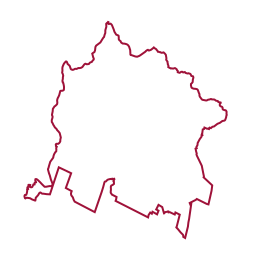 Reforma, Chiapas, Mexico (Equal Earth projection), rotated 5°
{"feature_id": "50627088B2456269013516", "entity_name": "Reforma", "entity_type": "district", "adm_level": 2, "iso_a3": "MEX", "parent_name": "Mexico", "parent_adm1": "Chiapas", "projection": "equal_earth", "projection_center": [-93.258, 17.869], "detail": "fine", "context": "isolated", "style": "outline", "palette": "rose", "viewbox_px": 256, "rotation_deg": 5, "n_neighbors": 0, "source": "geoboundaries", "source_scale": "gbopen_adm2", "svg_char_len": 5709}
<svg xmlns="http://www.w3.org/2000/svg" viewBox="0 0 256 256"><g transform="rotate(5 128 128)"><path d="M139.2,49.7L138.6,50.5L134.6,53.9L133.1,55.1L130.9,56.2L129.0,56.1L124.8,55.0L124.3,55.0L124.0,54.6L123.4,50.2L122.0,46.9L121.3,46.0L120.6,45.3L119.5,44.7L117.5,44.3L115.3,44.3L114.2,43.7L113.7,43.4L113.0,42.1L112.1,41.6L111.2,40.7L111.0,39.9L110.9,38.5L110.6,37.0L110.3,36.7L108.1,36.0L106.1,33.3L105.2,31.1L103.1,27.0L102.6,26.4L101.6,25.6L100.9,25.7L99.9,26.1L99.4,25.9L99.2,25.0L99.3,23.4L98.6,24.6L97.9,25.2L97.2,26.1L97.6,29.1L97.2,31.0L96.9,32.6L97.1,35.4L96.6,37.0L96.2,39.4L95.6,40.1L94.7,41.8L93.0,45.2L89.1,48.7L88.5,50.1L88.4,53.6L87.9,55.3L86.6,56.3L85.9,57.0L87.2,60.7L87.8,61.7L87.9,62.4L87.8,62.9L86.8,64.1L86.2,65.3L84.7,66.0L84.1,66.5L83.7,67.4L82.9,67.8L81.4,68.1L80.2,67.7L79.7,67.8L78.9,68.5L77.2,71.3L75.8,72.2L74.1,72.6L73.3,72.6L71.7,73.6L70.7,73.6L70.0,73.7L69.2,74.3L68.0,74.9L66.7,74.7L66.4,74.6L65.8,74.1L64.6,71.4L64.3,71.0L62.5,69.6L62.3,69.5L61.4,67.6L61.0,67.2L60.7,67.1L60.4,67.1L59.5,68.1L58.6,69.5L58.2,70.5L57.5,72.7L57.4,74.1L57.7,76.8L57.6,78.1L57.6,78.7L58.3,79.8L58.9,81.6L58.7,83.1L58.8,84.6L58.6,86.5L58.8,87.8L59.4,88.2L59.5,89.0L59.8,89.4L59.9,89.7L60.5,91.8L60.7,92.9L60.8,95.5L60.5,95.9L59.7,96.5L57.5,96.9L57.3,97.1L56.6,101.3L56.0,103.0L55.5,104.1L55.1,105.5L55.0,106.8L55.4,108.9L55.3,110.3L54.7,111.2L53.6,112.4L52.9,112.9L51.5,115.5L51.5,118.1L51.1,121.4L51.3,122.1L51.8,122.9L51.9,123.7L51.8,124.7L51.4,126.5L51.4,127.4L51.6,128.7L52.5,129.8L53.3,131.3L54.7,133.1L55.0,133.7L56.8,135.1L57.7,136.4L58.9,137.4L60.4,139.0L61.9,143.3L61.6,145.6L61.7,147.2L61.3,148.2L60.7,149.1L59.9,149.8L58.1,150.0L57.7,150.3L57.5,150.9L57.7,151.4L57.8,152.3L58.7,152.9L58.6,153.2L58.3,153.8L58.2,154.1L58.5,155.7L58.5,157.6L57.7,158.4L56.8,160.3L56.5,161.2L56.2,162.7L56.1,163.9L55.9,164.4L53.5,168.4L52.6,172.7L52.3,174.6L51.9,175.8L51.9,176.3L53.2,179.9L54.3,182.2L55.8,186.4L56.1,186.8L56.3,187.3L57.4,189.5L57.7,190.3L57.7,191.3L57.5,191.8L56.9,192.4L56.0,192.7L54.9,192.7L51.4,193.7L50.0,193.8L47.2,191.5L45.2,189.7L43.0,187.9L41.4,186.9L40.3,187.0L40.2,187.3L40.2,188.3L40.4,188.9L41.0,189.7L41.1,190.1L39.8,190.7L39.7,191.3L39.9,192.0L39.8,192.4L38.7,192.5L37.8,195.0L37.4,195.3L36.8,195.5L35.7,195.4L35.4,195.2L35.3,194.8L35.5,193.3L34.2,193.2L33.8,193.4L33.8,195.2L33.2,195.6L33.0,195.9L33.5,196.5L33.8,197.6L33.6,197.7L33.1,197.4L32.8,197.7L33.1,199.2L32.9,201.6L32.5,203.3L32.1,203.6L31.2,203.7L30.9,204.2L30.8,204.8L30.9,205.5L31.5,206.9L31.9,207.1L33.1,206.3L33.5,206.3L36.6,206.5L38.6,207.5L41.8,208.4L42.0,208.3L42.1,207.6L42.2,205.5L44.1,203.0L44.8,201.8L45.0,201.0L45.8,200.1L46.3,199.9L46.7,200.0L47.7,200.7L48.5,200.9L49.0,200.8L52.9,201.0L56.0,200.9L62.5,173.2L75.3,178.0L71.3,193.2L77.4,195.8L77.0,197.4L76.9,198.4L77.3,199.8L77.6,200.3L78.7,201.4L79.3,202.3L80.1,204.2L81.3,206.0L102.2,214.7L107.3,194.2L108.4,189.2L109.3,184.0L109.7,183.4L110.7,183.1L111.2,182.5L111.6,181.9L112.6,181.1L114.9,180.3L115.9,180.4L116.3,180.3L116.6,179.9L117.2,179.9L117.5,180.3L118.7,179.8L118.9,180.2L118.7,180.8L118.2,181.8L118.1,182.2L118.3,182.4L118.5,182.3L118.6,182.5L118.9,184.9L118.4,185.3L117.9,185.9L116.4,186.8L116.2,187.2L116.0,188.2L116.3,190.3L116.4,191.3L116.3,192.1L116.4,193.8L116.5,194.1L117.5,195.3L117.7,195.7L122.6,197.7L122.4,200.0L122.0,201.7L155.8,215.3L156.1,212.9L157.5,210.3L159.2,211.3L159.7,209.3L164.5,211.5L165.6,207.7L163.2,206.7L165.1,201.9L169.0,203.8L171.3,209.9L171.6,209.8L172.1,208.8L172.3,208.6L173.2,208.3L174.2,208.1L175.0,207.6L175.5,207.6L175.8,208.5L177.0,208.2L182.1,210.1L182.6,208.0L187.1,209.8L185.2,221.6L184.8,222.8L185.3,223.3L185.4,223.2L189.5,227.4L192.0,229.5L192.4,230.3L192.6,231.7L194.5,232.6L196.3,220.9L196.4,216.8L196.8,213.2L197.5,200.5L197.6,198.1L196.8,198.9L196.0,197.3L201.8,193.7L202.7,192.7L213.1,196.8L214.8,197.1L216.7,183.2L216.9,177.8L207.6,170.5L207.9,169.7L207.0,166.8L204.8,159.2L199.0,149.5L198.5,148.2L198.7,147.4L198.0,145.7L197.1,142.7L198.2,142.2L197.8,141.3L197.8,141.0L198.7,139.0L198.7,136.9L200.4,132.9L201.9,130.4L202.1,129.4L202.6,128.8L201.9,128.5L202.2,127.3L202.4,127.4L202.6,122.9L203.8,122.4L204.1,120.9L206.7,121.8L207.2,121.7L208.8,122.0L208.9,121.7L208.8,121.0L209.3,120.5L210.6,120.9L212.0,119.4L213.5,119.0L216.8,116.0L219.0,114.9L221.4,112.8L223.2,112.3L223.7,112.0L224.1,111.5L224.3,110.8L224.5,110.0L224.8,108.9L224.9,107.3L225.2,106.5L225.1,105.9L224.9,105.6L224.8,103.3L224.5,102.7L224.1,102.1L223.4,101.8L222.5,101.8L221.0,101.3L220.6,100.8L220.4,99.4L220.1,99.0L219.8,98.7L218.4,98.3L218.0,98.1L217.4,97.2L217.4,96.2L217.6,95.7L218.1,95.0L217.8,94.8L217.8,94.5L215.8,94.3L215.6,94.1L215.4,93.6L215.0,93.3L213.2,93.1L211.8,92.2L211.2,92.1L209.0,92.2L208.3,91.9L207.7,92.0L207.0,92.4L205.2,92.9L204.2,93.6L203.4,93.8L199.6,93.4L198.9,92.9L196.8,90.5L196.4,89.6L196.2,88.0L195.4,86.6L194.9,85.4L194.2,84.0L193.7,83.5L193.2,83.3L191.9,83.1L190.0,83.1L188.5,82.7L187.7,82.1L187.0,80.1L186.9,78.6L187.9,77.5L188.4,76.6L188.4,74.0L188.7,72.4L188.7,71.8L188.3,70.9L186.6,70.6L185.7,69.0L185.2,68.6L183.4,68.2L182.7,68.5L181.9,68.4L180.6,68.1L179.7,67.3L178.8,67.7L178.0,67.8L177.4,67.3L176.1,67.4L174.7,68.5L173.4,68.3L172.7,68.1L172.7,67.2L172.6,66.8L171.9,66.3L171.3,65.2L169.8,64.3L169.3,64.3L167.8,64.9L166.1,64.8L165.6,65.0L165.3,64.8L164.2,64.5L162.8,63.8L162.9,62.7L162.7,62.1L162.1,61.1L162.0,60.2L161.7,59.6L161.6,58.5L160.1,56.7L160.2,55.7L160.1,54.8L159.3,51.8L158.4,50.8L156.9,49.6L155.3,50.1L154.5,50.1L153.5,49.6L152.7,49.7L151.9,49.4L151.1,49.4L150.6,48.5L149.7,47.7L149.3,47.1L148.3,46.5L147.5,46.2L146.7,45.5L145.7,46.6L144.2,48.0L143.1,48.6L142.1,49.0L141.7,48.9L141.1,48.4L140.6,48.5L139.2,49.7Z" fill="none" stroke="#9f1239" stroke-width="2"/></g></svg>